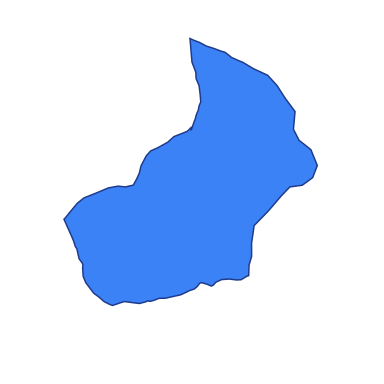 Lac Léré, Mayo-Kebbi Ouest, Chad (Albers equal-area conic projection), rotated 300°
{"feature_id": "50815135B81119267829848", "entity_name": "Lac Léré", "entity_type": "district", "adm_level": 2, "iso_a3": "TCD", "parent_name": "Chad", "parent_adm1": "Mayo-Kebbi Ouest", "projection": "albers", "projection_center": [14.353, 9.616], "detail": "fine", "context": "isolated", "style": "filled", "palette": "blue", "viewbox_px": 384, "rotation_deg": 300, "n_neighbors": 0, "source": "geoboundaries", "source_scale": "gbopen_adm2", "svg_char_len": 1722}
<svg xmlns="http://www.w3.org/2000/svg" viewBox="0 0 384 384"><g transform="rotate(300 192 192)"><path d="M323.9,113.5L304.4,127.1L298.8,134.0L297.4,135.6L292.3,138.8L287.6,145.0L280.4,150.4L274.3,154.6L270.4,155.0L266.0,156.5L261.2,157.1L256.3,158.4L253.8,158.7L245.0,160.5L247.1,158.9L242.2,157.6L231.0,148.7L223.0,146.1L212.9,140.0L207.0,135.7L200.5,134.3L189.1,134.8L181.9,137.0L175.1,137.6L168.6,137.7L163.1,131.8L160.1,125.0L153.7,117.5L142.4,108.9L132.9,101.4L124.9,98.3L115.0,96.6L106.0,95.2L104.5,94.7L104.2,95.0L102.2,97.8L95.9,106.5L93.3,110.1L90.5,113.8L87.0,117.6L86.3,118.5L85.7,119.7L85.3,120.6L77.6,127.7L76.3,130.8L75.6,132.4L74.3,134.0L71.5,135.3L64.6,139.9L61.6,143.7L60.4,145.3L55.2,157.5L54.5,163.8L53.4,169.3L53.1,170.9L53.3,173.8L53.6,177.8L54.1,180.0L61.4,186.4L63.4,188.4L66.6,196.2L69.2,202.3L73.6,206.7L74.5,207.5L75.4,207.8L76.1,209.6L76.4,210.4L78.5,212.6L80.9,214.6L83.5,216.7L86.4,221.5L86.8,222.2L89.6,225.2L97.2,233.5L99.7,235.3L102.3,237.1L103.6,238.0L103.9,238.2L105.4,239.1L109.0,242.4L109.8,242.7L112.8,243.8L116.4,244.2L118.1,245.1L119.1,248.9L119.7,251.4L120.2,255.8L122.0,257.0L125.9,257.8L131.0,261.5L135.2,267.7L138.4,275.2L138.9,275.8L140.6,278.4L146.3,281.5L147.9,282.9L157.4,277.9L166.1,275.8L177.4,269.2L194.0,262.6L214.2,267.7L233.0,271.2L245.3,274.2L253.0,284.1L264.7,289.3L277.6,287.3L288.1,273.8L290.3,258.9L297.0,248.5L313.2,241.0L319.7,226.0L326.7,212.4L330.9,199.2L329.5,183.1L329.7,171.3L328.9,165.2L328.6,162.1L328.4,160.2L328.3,159.0L328.9,155.1L329.1,153.7L329.5,150.6L329.0,148.6L328.5,146.7L327.8,142.4L327.0,137.9L325.5,131.2L325.5,128.7L325.4,126.5L325.3,124.2L325.2,123.1L324.3,117.7L323.9,113.5Z" fill="#3b82f6" stroke="#1e3a8a" stroke-width="1.5"/></g></svg>